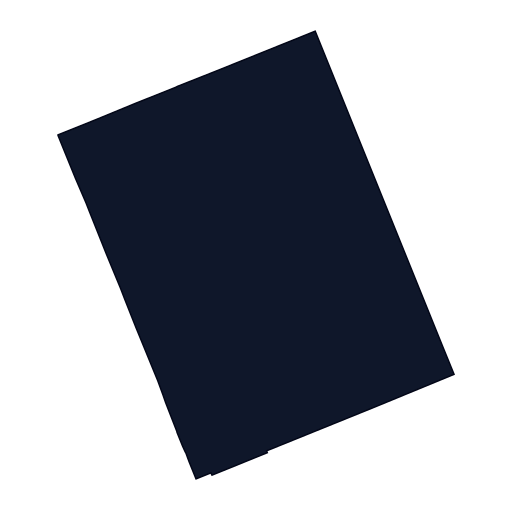 Modoc, California, United States of America (Mercator projection), rotated 248°
{"feature_id": "52423323B31115231658227", "entity_name": "Modoc", "entity_type": "district", "adm_level": 2, "iso_a3": "USA", "parent_name": "United States of America", "parent_adm1": "California", "projection": "mercator", "projection_center": [-120.863, 41.591], "detail": "fine", "context": "isolated", "style": "filled", "palette": "ink", "viewbox_px": 512, "rotation_deg": 248, "n_neighbors": 0, "source": "geoboundaries", "source_scale": "gbopen_adm2", "svg_char_len": 651}
<svg xmlns="http://www.w3.org/2000/svg" viewBox="0 0 512 512"><g transform="rotate(248 256 256)"><path d="M101.4,395.2L313.9,395.1L442.3,395.1L442.4,287.4L442.7,246.8L442.5,244.7L442.7,201.8L442.4,158.9L442.5,117.8L442.0,117.6L395.8,117.7L368.9,118.3L358.8,118.2L358.2,118.2L314.0,118.0L276.6,118.3L265.1,118.1L264.7,118.1L234.4,117.9L217.2,118.0L177.3,118.2L162.0,117.7L154.1,117.3L122.9,116.9L122.1,116.7L107.0,116.7L100.7,117.0L100.4,117.1L99.2,117.2L94.1,117.0L90.1,116.9L75.0,116.9L73.8,116.9L71.8,116.9L71.8,132.9L69.3,133.1L69.4,192.8L71.4,192.8L71.5,311.5L72.1,395.3L101.4,395.2Z" fill="#0f172a" stroke="#020617" stroke-width="1.5"/></g></svg>